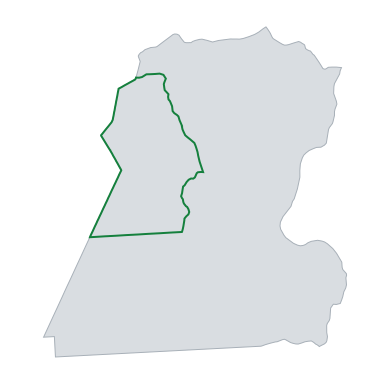 Murzuq on a map of Libya (Mercator projection), rotated 87°
{"feature_id": "LBY-2969", "entity_name": "Murzuq", "entity_type": "Municipality", "adm_level": 1, "iso_a3": "LBY", "parent_name": "Libya", "parent_adm1": "", "projection": "mercator", "projection_center": [15.489, 24.47], "detail": "fine", "context": "in_parent", "style": "outline", "palette": "green", "viewbox_px": 384, "rotation_deg": 87, "n_neighbors": 0, "source": "natural_earth", "source_scale": "10m", "svg_char_len": 5166}
<svg xmlns="http://www.w3.org/2000/svg" viewBox="0 0 384 384"><g transform="rotate(87 192 192)"><path d="M35.2,106.8L37.6,105.5L41.1,104.1L42.9,103.1L43.6,102.2L46.2,98.5L47.6,96.5L49.4,93.7L50.2,91.8L50.2,90.0L49.9,87.8L48.5,82.6L47.3,77.6L48.2,75.6L49.0,74.7L50.6,72.3L51.2,71.8L54.7,71.1L56.0,69.5L57.1,67.5L57.4,66.4L58.9,65.3L60.7,64.2L61.8,62.8L65.4,60.6L68.7,58.6L72.6,56.4L75.6,54.8L76.2,53.4L76.2,52.1L74.6,49.3L74.6,45.9L74.7,43.1L74.8,41.5L75.5,36.8L75.6,36.2L78.7,37.7L81.9,38.4L91.3,44.1L94.3,44.8L101.0,45.4L108.8,43.1L111.8,42.7L116.9,44.9L119.2,45.5L123.0,45.7L129.5,47.6L131.1,48.3L134.9,51.5L136.8,52.4L150.2,55.3L152.1,57.2L154.0,60.9L154.0,65.4L155.1,68.7L156.7,72.9L158.8,75.9L161.0,78.4L163.6,80.0L169.5,82.3L176.2,83.2L182.9,83.5L194.4,86.6L204.2,90.3L206.6,92.1L211.5,93.9L221.3,102.4L226.7,105.3L230.5,105.9L233.9,105.4L240.0,102.4L242.5,100.7L248.6,93.3L250.6,89.4L251.4,86.7L251.2,83.9L250.4,81.4L248.7,78.8L247.5,75.4L246.8,69.1L247.8,64.8L248.9,62.1L250.8,59.5L255.8,54.4L260.9,50.8L269.9,46.1L275.1,46.0L277.3,45.5L281.6,42.1L283.3,42.0L285.7,42.8L292.8,42.6L295.9,43.5L299.6,45.6L304.3,46.9L307.6,48.2L311.1,49.8L311.9,54.0L311.6,55.2L311.5,56.8L315.1,59.6L325.5,60.9L327.6,61.7L330.4,63.8L332.3,64.5L339.4,64.8L343.5,64.3L347.5,65.1L349.0,65.8L350.5,67.5L352.3,71.6L353.0,73.0L352.2,73.7L351.1,75.1L350.4,76.4L348.5,78.4L347.0,80.6L347.1,83.8L347.5,87.1L348.5,90.3L349.4,93.9L349.2,96.2L348.4,99.0L347.5,101.4L344.4,106.3L343.9,107.4L344.1,109.1L346.0,114.8L346.1,116.7L347.2,122.2L348.3,126.8L349.4,130.3L349.6,131.3L349.6,136.5L349.6,141.7L349.6,146.9L349.6,152.1L349.6,157.3L349.6,162.5L349.6,167.6L349.6,172.8L349.6,177.9L349.6,183.0L349.6,188.2L349.6,193.3L349.6,198.4L349.6,203.5L349.6,208.5L349.6,213.6L349.6,218.7L349.6,223.7L349.6,228.7L349.6,233.8L349.6,238.8L349.6,243.8L349.6,248.8L349.6,253.8L349.6,258.8L349.6,263.8L349.6,268.7L349.6,273.7L349.6,278.6L349.6,283.6L349.6,288.5L349.6,293.4L349.6,304.4L349.6,315.2L349.6,326.1L349.6,336.9L349.4,336.9L349.4,337.0L344.3,337.0L339.3,337.0L334.3,337.0L329.2,337.0L329.2,339.7L329.2,342.4L329.2,345.1L329.2,347.8L319.5,342.7L309.8,337.6L300.0,332.4L290.3,327.3L280.5,322.2L270.8,317.0L261.1,311.9L251.3,306.7L241.6,301.6L231.8,296.4L222.1,291.2L212.4,286.0L202.6,280.8L192.9,275.6L183.1,270.4L173.4,265.1L166.7,261.5L159.4,265.0L153.7,267.8L146.2,271.4L137.6,276.2L131.0,279.8L130.7,279.7L130.4,279.7L123.5,273.5L118.2,268.7L115.8,267.4L105.7,264.9L95.6,262.5L85.0,259.9L83.1,256.0L80.9,251.6L78.0,246.1L76.2,242.7L75.6,242.2L67.5,239.5L58.9,236.9L53.9,238.5L53.0,238.4L51.6,237.4L50.2,236.0L49.4,234.1L47.4,231.5L45.6,225.7L45.4,221.0L45.0,219.4L40.5,212.8L36.5,206.8L33.8,202.8L33.3,201.0L33.6,198.8L34.7,196.8L38.6,194.4L42.1,191.8L42.6,190.0L42.8,185.1L41.7,183.5L40.8,180.6L40.0,176.6L39.9,174.0L41.4,168.9L43.3,163.6L42.1,157.7L41.2,145.7L41.8,136.3L41.4,132.9L41.0,131.4L39.8,126.9L38.3,122.3L37.7,120.7L35.8,117.0L32.6,112.3L31.0,109.5L33.2,108.0L35.2,106.8Z" fill="#d9dde1" stroke="#a8b0b8" stroke-width="1"/><path d="M231.8,296.3L231.3,296.1L228.8,294.8L226.3,293.4L223.8,292.1L221.3,290.8L218.8,289.4L216.2,288.1L213.7,286.7L211.2,285.4L208.7,284.0L206.2,282.7L203.7,281.4L201.2,280.0L198.7,278.7L196.2,277.3L193.6,276.0L191.1,274.6L188.6,273.3L186.1,272.0L183.6,270.6L181.1,269.3L178.6,267.9L176.1,266.6L173.6,265.2L171.0,263.9L168.5,262.5L166.7,261.5L166.3,261.6L165.4,262.0L164.2,262.6L163.0,263.2L161.8,263.8L160.7,264.3L159.5,264.9L158.3,265.5L157.2,266.1L156.0,266.6L154.8,267.2L153.6,267.8L152.5,268.4L151.3,269.0L150.1,269.5L148.9,270.1L147.8,270.7L146.6,271.3L146.2,271.4L146.2,271.5L142.8,273.4L139.3,275.3L135.8,277.2L132.3,279.1L131.0,279.8L130.7,279.8L130.4,279.7L129.5,278.8L127.0,276.6L124.4,274.3L121.9,272.0L119.3,269.7L118.2,268.7L115.8,267.4L113.7,266.9L111.9,266.4L110.1,266.0L108.3,265.6L106.6,265.1L104.8,264.7L103.0,264.3L101.2,263.8L99.4,263.4L97.6,263.0L95.8,262.5L94.0,262.1L92.2,261.6L90.4,261.2L88.6,260.8L86.8,260.3L85.0,259.9L83.5,256.7L82.0,253.8L79.8,249.2L79.7,249.1L78.3,246.1L76.9,243.2L76.3,242.6L75.7,242.2L74.8,241.9L75.1,238.9L74.6,235.9L72.1,231.4L72.2,227.2L72.2,222.5L72.1,218.1L73.5,214.4L77.4,212.2L81.1,213.9L82.8,214.5L86.6,214.2L88.9,213.9L91.0,212.1L93.1,210.4L95.8,210.9L98.4,210.6L100.0,209.3L101.9,208.6L105.3,207.4L110.2,207.1L112.3,205.6L114.3,203.0L115.8,201.6L119.6,200.7L125.0,198.7L125.0,198.8L129.0,198.2L131.4,197.3L135.0,195.8L137.3,193.4L139.4,191.0L141.5,188.8L143.1,187.1L146.1,186.0L148.7,185.3L152.3,184.4L156.2,183.9L160.0,183.2L162.1,182.8L172.7,179.9L172.5,181.5L172.5,183.2L172.6,185.1L173.5,186.3L174.5,186.8L176.3,187.7L177.6,188.4L178.7,190.0L178.5,192.3L179.6,194.7L181.8,196.9L183.3,197.9L184.9,199.0L186.1,200.6L189.2,201.3L192.7,202.0L195.6,203.1L197.4,202.4L198.8,201.5L201.5,201.2L203.1,200.7L205.8,198.8L206.7,197.6L208.9,196.5L211.8,195.8L214.2,196.8L216.0,199.0L218.1,200.9L220.2,201.2L222.5,201.7L225.7,202.4L228.4,203.1L230.5,203.8L231.4,204.2L231.4,215.4L231.5,226.6L231.5,237.8L231.6,248.8L231.6,259.9L231.7,270.9L231.7,281.8L231.8,292.8L231.8,293.0L231.8,293.5L231.8,293.9L231.8,294.2L231.8,294.4L231.8,294.6L231.8,296.3Z" fill="none" stroke="#15803d" stroke-width="2"/></g></svg>